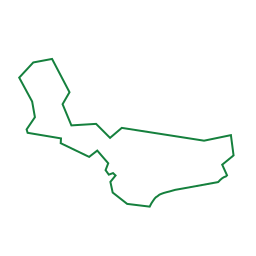 Panyikang, Upper Nile, South Sudan, rotated 170°
{"feature_id": "79223893B85148589397174", "entity_name": "Panyikang", "entity_type": "district", "adm_level": 2, "iso_a3": "SSD", "parent_name": "South Sudan", "parent_adm1": "Upper Nile", "projection": "robinson", "projection_center": [31.399, 9.348], "detail": "fine", "context": "isolated", "style": "outline", "palette": "green", "viewbox_px": 256, "rotation_deg": 170, "n_neighbors": 0, "source": "geoboundaries", "source_scale": "gbopen_adm2", "svg_char_len": 742}
<svg xmlns="http://www.w3.org/2000/svg" viewBox="0 0 256 256"><g transform="rotate(170 128 128)"><path d="M27.9,103.1L55.3,102.3L91.9,114.8L134.1,129.2L147.4,121.4L158.7,137.6L183.3,140.4L188.3,162.8L179.4,173.4L190.8,209.2L209.9,209.0L226.4,196.5L217.8,170.7L217.8,154.8L228.1,144.2L227.7,140.7L195.8,129.4L196.9,124.7L171.3,106.3L162.2,111.1L153.6,96.7L157.4,90.4L155.0,85.4L150.6,86.2L148.5,83.4L154.7,78.0L154.3,67.1L142.0,53.4L120.3,46.8L118.1,49.7L116.3,51.6L114.0,53.9L112.5,55.0L111.0,55.6L108.6,56.9L106.4,57.4L104.1,57.8L101.1,58.1L98.1,58.3L95.3,58.6L92.2,58.9L83.8,58.9L48.6,59.1L47.6,59.8L46.3,60.8L43.9,62.2L41.8,63.0L40.0,63.3L38.7,64.2L41.6,75.5L28.8,82.7L27.9,103.1Z" fill="none" stroke="#15803d" stroke-width="2"/></g></svg>